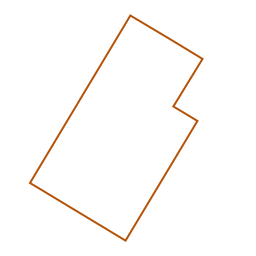 Rusk, Wisconsin, United States of America (Mercator projection), rotated 301°
{"feature_id": "52423323B92810737179268", "entity_name": "Rusk", "entity_type": "district", "adm_level": 2, "iso_a3": "USA", "parent_name": "United States of America", "parent_adm1": "Wisconsin", "projection": "mercator", "projection_center": [-91.064, 45.465], "detail": "fine", "context": "isolated", "style": "outline", "palette": "amber", "viewbox_px": 256, "rotation_deg": 301, "n_neighbors": 0, "source": "geoboundaries", "source_scale": "gbopen_adm2", "svg_char_len": 256}
<svg xmlns="http://www.w3.org/2000/svg" viewBox="0 0 256 256"><g transform="rotate(301 128 128)"><path d="M30.4,72.3L30.2,183.9L169.8,183.9L169.8,155.8L225.6,156.3L225.8,118.9L225.6,72.1L30.4,72.3Z" fill="none" stroke="#b45309" stroke-width="2"/></g></svg>